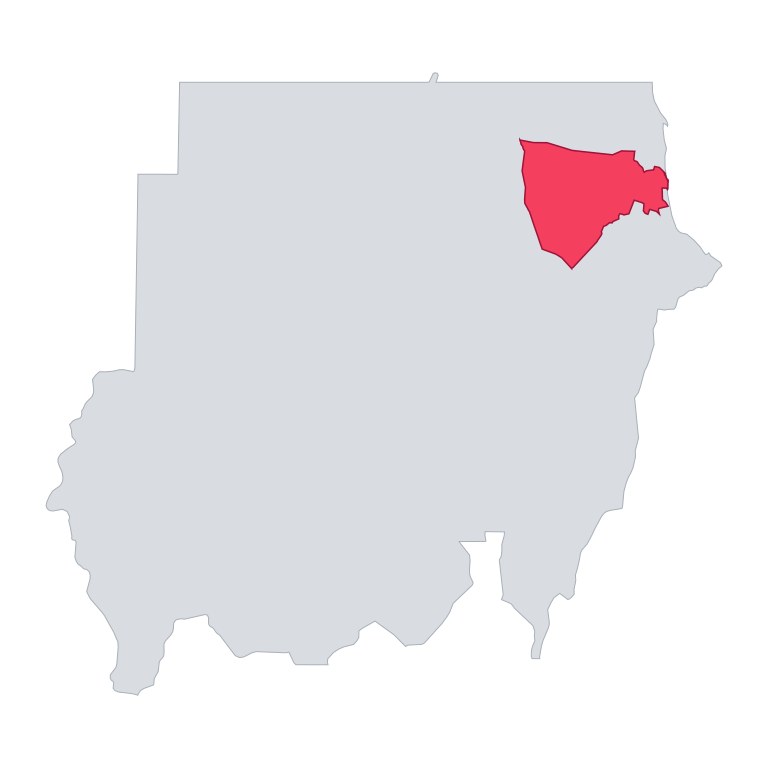 Al Ganab, Red Sea, Sudan shown in context
{"feature_id": "16777658B97228063474151", "entity_name": "Al Ganab", "entity_type": "district", "adm_level": 2, "iso_a3": "SDN", "parent_name": "Sudan", "parent_adm1": "Red Sea", "projection": "robinson", "projection_center": [36.252, 19.345], "detail": "fine", "context": "in_parent", "style": "filled", "palette": "rose", "viewbox_px": 768, "rotation_deg": 0, "n_neighbors": 0, "source": "geoboundaries", "source_scale": "gbopen_adm2", "svg_char_len": 6409}
<svg xmlns="http://www.w3.org/2000/svg" viewBox="0 0 768 768"><path d="M539.7,658.6L532.1,658.6L531.3,656.6L531.4,651.0L532.3,646.8L535.0,640.2L534.3,636.6L534.8,631.4L532.8,625.5L514.7,608.5L511.2,603.8L501.5,599.6L503.2,594.8L499.3,560.0L501.3,556.0L501.9,549.9L501.8,544.6L504.2,535.7L504.5,531.9L485.2,531.6L484.9,535.5L485.8,539.8L485.8,541.4L459.0,541.6L469.6,555.2L470.1,561.2L469.5,568.6L469.6,573.4L470.2,576.5L473.1,582.6L472.9,583.8L472.2,585.2L453.1,603.4L449.9,611.8L447.3,616.2L441.8,623.7L424.3,643.1L421.5,644.4L408.2,645.1L406.9,645.5L405.9,646.4L405.3,646.2L394.0,634.8L375.0,621.1L362.4,628.2L358.9,630.9L358.8,637.5L356.9,640.8L353.5,644.5L344.1,646.8L339.3,648.8L333.5,652.5L327.8,658.7L327.4,662.0L328.0,664.8L295.8,664.7L293.7,662.4L289.0,652.2L285.8,652.8L256.4,651.6L252.2,652.7L243.8,656.9L239.6,657.6L235.3,655.7L219.9,635.4L216.6,633.0L213.2,628.2L209.9,626.1L208.8,624.5L208.5,622.4L208.6,617.9L207.5,615.2L205.1,614.5L184.3,619.2L181.4,618.7L177.0,619.5L175.5,620.3L173.7,623.0L173.4,628.6L172.8,631.3L171.2,634.4L165.2,641.2L163.9,644.2L164.1,651.8L163.7,655.6L162.8,657.4L160.2,660.3L159.3,661.9L158.2,671.6L154.9,677.5L154.1,679.5L153.9,683.7L153.4,685.0L144.0,688.4L140.5,690.5L138.3,693.8L137.8,695.2L133.8,694.0L128.7,693.2L118.9,692.1L115.0,690.6L113.1,688.3L113.8,682.4L112.8,681.2L111.2,680.1L110.2,677.6L110.4,674.6L115.7,667.8L116.8,664.2L118.2,647.2L117.9,642.0L113.9,632.5L104.7,616.0L102.4,612.8L90.8,599.3L89.5,597.3L86.7,591.6L90.0,579.0L90.2,575.6L89.5,572.0L86.5,569.3L83.9,569.0L80.5,565.7L78.2,564.2L76.2,561.2L74.9,557.1L76.1,542.3L75.4,540.4L72.4,539.8L71.7,538.8L71.9,536.0L70.4,527.6L68.7,520.6L69.7,516.8L67.2,511.5L62.5,509.3L53.1,511.0L50.2,510.7L48.2,509.7L46.8,507.8L46.1,505.5L46.8,502.1L49.5,495.9L52.9,490.7L59.8,486.0L61.6,483.5L62.6,480.8L62.9,477.6L62.5,474.2L61.7,471.2L59.8,467.1L58.0,462.3L58.0,459.1L58.9,456.8L60.8,454.0L67.6,448.6L74.5,444.1L75.7,442.5L75.3,440.6L72.1,436.9L71.3,429.6L69.6,424.6L73.1,420.8L75.7,419.5L79.7,418.3L81.3,416.7L81.8,413.7L81.7,410.8L83.2,408.6L85.2,404.0L86.8,401.9L92.1,396.5L93.4,393.0L93.7,389.6L92.5,379.4L95.6,375.2L99.5,371.7L105.1,371.9L113.7,371.1L119.6,369.7L123.8,369.7L133.3,371.6L134.3,370.8L134.9,368.1L138.0,174.2L177.4,174.3L177.9,173.9L179.6,82.3L427.2,82.3L429.2,82.0L433.2,73.4L434.8,72.8L437.4,73.3L438.2,75.3L436.1,82.3L652.2,82.3L652.6,92.7L654.4,101.1L660.6,113.1L665.8,119.5L667.6,123.1L667.8,124.7L667.6,126.3L666.0,124.5L663.3,123.3L663.0,128.9L664.3,140.4L666.5,148.5L664.9,155.9L665.1,168.5L667.9,183.6L667.4,193.3L671.9,215.8L676.3,228.3L678.7,231.4L681.4,233.0L686.7,234.1L694.3,240.5L700.4,247.2L702.6,250.7L705.6,254.6L707.6,253.9L708.8,252.8L710.8,255.9L720.5,262.7L721.9,265.8L718.5,268.8L714.5,274.1L712.5,279.0L711.5,280.6L708.3,283.6L707.7,285.1L706.4,286.1L704.8,286.1L701.5,287.8L698.6,287.3L695.6,288.2L694.5,289.4L692.1,290.4L688.9,290.9L683.8,295.1L679.5,297.1L678.0,298.7L675.7,307.0L674.0,309.2L667.5,309.4L664.4,310.1L660.0,309.2L657.9,309.3L657.4,311.1L656.6,318.1L656.7,321.2L653.1,329.3L654.1,344.4L650.6,355.7L650.1,358.3L646.6,367.2L644.7,370.6L640.2,387.3L638.4,392.5L634.6,397.9L638.5,438.1L635.3,450.5L635.4,457.2L633.2,467.1L631.4,471.7L628.4,477.3L626.0,483.5L623.9,491.6L622.5,507.1L621.8,508.5L610.2,510.4L606.6,511.5L604.1,513.2L601.1,517.2L595.2,528.1L592.1,534.7L587.2,543.9L581.6,550.3L580.4,553.5L579.5,559.3L577.4,568.6L575.4,575.1L575.8,580.4L574.0,589.6L574.2,594.1L572.2,596.6L569.6,598.9L567.8,599.5L559.7,593.4L554.0,597.6L550.5,603.6L547.7,609.6L549.3,622.3L549.1,625.1L548.3,628.1L543.0,640.6L541.4,646.3L539.7,656.2L539.7,658.6Z" fill="#d9dde1" stroke="#a8b0b8" stroke-width="1"/><path d="M538.7,239.0L542.2,249.1L548.7,251.5L555.5,254.0L556.3,254.4L559.9,256.6L561.3,257.5L561.8,257.8L564.8,261.1L570.8,267.6L571.6,268.5L571.6,268.4L573.6,266.9L573.7,266.7L593.0,246.0L596.2,242.6L597.2,241.4L597.5,240.6L601.2,235.2L601.9,233.4L601.3,231.8L603.6,226.3L606.2,225.4L609.5,222.7L612.1,222.9L612.9,221.6L613.4,221.3L618.8,218.9L618.8,218.7L618.7,215.6L620.1,213.6L624.0,214.9L628.9,213.8L634.2,200.2L641.6,202.5L644.0,203.8L643.7,207.6L643.4,210.9L645.2,213.3L647.9,214.3L649.7,209.4L652.1,210.1L656.5,211.4L659.4,214.2L658.4,210.7L658.7,208.5L667.8,206.3L668.1,206.2L667.9,205.8L665.4,202.0L662.5,199.6L662.3,194.1L662.3,193.0L662.3,192.6L662.1,188.9L662.1,188.1L666.9,188.1L667.0,188.6L667.3,188.7L667.4,189.0L667.2,189.6L667.3,189.7L667.5,189.3L667.7,189.1L667.8,188.8L667.9,188.6L667.8,188.3L667.8,188.2L667.7,188.4L667.7,187.9L667.9,187.8L667.9,187.5L667.8,186.1L667.9,185.8L667.8,185.4L667.9,185.2L668.0,184.8L667.9,184.6L667.9,184.3L667.9,184.2L667.7,184.0L667.7,183.9L667.8,183.4L668.0,183.0L668.1,182.8L668.1,182.6L668.1,182.4L668.1,182.1L668.1,181.9L667.9,181.7L668.0,181.6L668.2,181.4L668.2,181.2L668.0,181.5L667.9,181.4L667.8,181.5L667.6,181.7L667.7,181.4L667.8,181.1L667.7,181.1L667.6,180.8L667.6,180.7L667.7,180.4L667.6,180.2L667.5,179.9L667.4,179.9L667.2,179.5L667.0,179.0L666.9,179.0L666.8,178.8L666.6,178.8L666.5,178.6L666.6,178.3L666.5,178.2L666.4,178.1L666.3,177.8L666.3,177.7L666.2,177.3L666.2,177.2L666.1,176.9L665.9,176.7L665.9,176.8L665.9,177.0L665.8,176.9L665.7,176.8L665.7,176.7L665.8,176.6L665.8,176.3L665.8,176.2L665.8,175.9L665.7,175.8L665.7,175.7L665.4,175.4L665.3,175.1L665.2,174.8L665.2,174.6L665.2,174.1L665.2,173.9L664.9,173.9L664.7,174.1L664.7,173.9L664.6,173.7L664.8,173.8L665.0,173.8L665.1,173.7L665.0,173.3L665.0,173.1L664.9,173.1L664.8,172.9L664.7,172.8L664.7,172.7L659.4,167.5L654.6,166.5L653.6,169.8L646.4,170.8L644.2,172.2L643.7,171.7L642.8,168.3L642.1,167.3L639.4,165.1L637.3,161.9L636.4,161.3L634.9,160.9L634.1,160.3L633.7,159.4L634.3,155.1L634.5,152.4L634.8,151.3L634.6,151.3L621.6,150.9L612.6,154.8L591.1,152.5L585.5,151.9L572.1,150.4L547.0,142.7L533.6,142.6L524.0,140.8L519.9,140.0L519.9,139.9L520.2,140.4L520.2,141.1L520.4,141.5L520.6,141.9L520.7,142.1L520.9,142.8L520.9,143.5L521.1,144.2L521.4,144.6L521.6,145.1L522.1,145.6L522.4,145.9L522.6,146.4L522.8,146.9L522.9,147.6L523.1,148.3L523.5,149.3L524.3,150.6L524.5,150.8L524.7,151.1L523.1,163.1L522.1,170.9L523.1,175.8L525.5,187.4L525.4,188.4L524.8,197.3L524.6,200.0L524.7,200.9L524.9,203.5L525.0,203.7L525.1,203.9L525.3,204.2L526.4,206.2L527.5,208.2L527.7,208.6L527.9,209.1L529.4,211.7L529.7,212.3L530.0,213.4L530.1,213.5L533.2,222.8L534.3,226.1L538.7,238.8L538.7,239.0L538.7,239.0Z" fill="#f43f5e" stroke="#9f1239" stroke-width="1.5"/></svg>